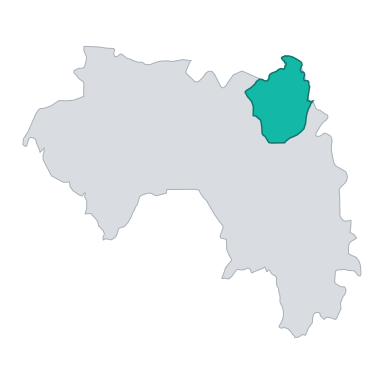 location of Siguiri within Guinea
{"feature_id": "GIN-5657", "entity_name": "Siguiri", "entity_type": "Prefecture", "adm_level": 1, "iso_a3": "GIN", "parent_name": "Guinea", "parent_adm1": "", "projection": "natural_earth1", "projection_center": [-9.321, 11.681], "detail": "fine", "context": "in_parent", "style": "filled", "palette": "teal", "viewbox_px": 384, "rotation_deg": 0, "n_neighbors": 0, "source": "natural_earth", "source_scale": "10m", "svg_char_len": 5168}
<svg xmlns="http://www.w3.org/2000/svg" viewBox="0 0 384 384"><path d="M241.5,270.0L237.9,269.4L236.3,270.2L231.7,276.5L228.8,279.0L224.5,278.2L222.9,278.7L221.8,278.0L223.4,274.5L225.6,267.6L231.4,260.6L231.5,259.2L229.1,255.1L226.7,249.5L226.7,243.6L226.2,239.3L221.1,238.1L220.2,237.4L220.1,236.0L222.9,228.5L223.2,227.0L222.8,225.7L219.7,221.9L214.8,214.9L206.4,200.5L203.3,197.5L200.3,193.1L199.2,190.3L196.1,189.3L166.9,189.5L166.3,193.2L156.2,195.8L150.0,192.9L143.1,194.5L139.8,196.5L137.1,204.9L135.7,206.7L134.2,210.4L132.8,212.5L131.3,216.6L128.0,222.5L124.6,226.4L118.7,228.4L116.8,234.6L115.5,237.0L113.2,238.8L110.8,239.9L106.0,238.7L103.3,239.9L102.9,238.3L104.4,233.4L103.2,230.8L98.6,225.7L98.2,223.2L96.8,220.1L90.8,213.5L85.1,213.9L86.7,208.4L86.7,201.0L84.8,197.1L85.3,193.0L84.2,193.2L82.3,196.0L79.3,195.1L73.1,190.8L70.0,186.6L69.7,183.0L69.0,181.6L67.1,182.3L63.3,182.2L51.5,175.9L43.2,159.8L43.0,156.1L44.3,149.9L44.0,148.2L40.1,152.3L39.4,149.6L36.5,143.1L35.7,139.4L32.9,137.7L30.6,137.4L28.9,138.7L26.5,146.2L24.8,146.2L23.0,144.6L23.4,138.9L28.0,131.9L35.7,114.1L38.4,110.0L40.1,108.6L43.7,108.4L50.7,106.0L59.2,100.5L65.8,100.9L73.5,100.2L83.7,96.4L83.8,84.5L83.5,81.8L79.9,79.4L77.8,77.3L76.0,74.7L73.9,72.8L73.9,70.8L78.4,68.3L82.5,68.3L83.9,67.3L84.9,65.6L86.1,61.3L86.5,56.8L83.9,50.7L84.0,46.3L98.8,47.0L106.9,48.2L113.6,48.5L114.6,49.5L113.7,53.7L114.5,56.2L116.8,56.8L120.5,53.9L122.5,54.6L126.6,58.2L130.5,59.2L134.7,61.2L138.6,62.3L142.2,62.1L144.8,64.2L149.7,64.8L156.1,62.2L161.1,61.1L168.2,60.8L171.9,61.6L182.6,59.6L191.0,60.7L189.7,62.2L185.8,71.7L186.3,73.4L194.8,81.5L196.9,82.1L199.2,81.0L202.9,77.3L205.8,73.2L208.6,71.2L211.9,71.4L214.5,74.2L220.6,86.2L222.1,87.7L223.6,87.7L226.2,85.5L227.6,82.8L233.3,74.9L242.0,71.0L262.8,80.1L265.8,80.7L267.6,80.1L270.2,74.7L278.1,70.1L281.8,68.8L283.9,68.7L284.8,67.2L285.2,65.0L284.7,62.8L282.3,58.7L282.2,57.5L283.6,56.7L286.6,56.1L290.5,56.5L294.8,58.3L298.4,60.8L300.4,63.9L304.3,76.5L308.7,86.5L308.5,99.8L310.4,101.1L312.6,101.7L313.6,102.7L315.7,108.2L317.7,109.8L320.1,110.2L324.6,113.7L327.5,115.1L327.9,116.2L327.8,117.6L326.7,119.5L322.3,123.1L320.2,126.3L315.8,133.8L315.6,135.2L316.6,136.2L318.4,136.4L320.4,135.9L324.4,133.1L327.6,134.1L330.7,136.2L331.8,138.4L332.1,141.3L331.4,145.0L331.3,149.1L332.4,156.1L334.0,163.2L335.6,165.7L345.9,171.9L346.9,174.3L347.4,176.9L346.7,180.4L345.6,182.4L340.0,187.9L339.1,190.5L339.6,195.4L340.0,216.0L342.2,219.5L344.8,221.3L351.0,220.3L350.9,226.0L350.0,232.4L353.7,234.4L355.5,236.3L356.5,238.2L350.8,241.6L349.1,243.6L348.4,248.9L348.6,253.9L356.2,257.4L359.2,261.5L360.5,265.8L361.0,273.9L360.3,275.8L358.3,275.8L354.4,270.9L348.5,270.4L344.1,269.4L336.7,270.1L335.4,271.5L334.6,282.3L336.4,284.1L339.9,286.2L342.2,287.0L344.1,286.8L345.6,288.1L345.9,291.7L344.9,294.3L342.9,296.7L340.5,302.9L341.0,308.6L336.9,317.7L335.7,319.5L330.2,317.7L326.6,317.1L324.0,319.4L320.4,315.8L319.8,313.1L318.4,312.5L316.0,312.5L313.8,314.0L312.8,316.9L312.3,322.7L308.3,328.3L305.5,335.2L302.2,334.5L301.5,335.4L298.0,337.2L295.0,337.7L294.2,335.8L292.5,334.3L290.5,331.4L288.3,329.0L284.1,327.4L282.4,328.1L280.4,327.9L279.1,327.0L279.3,325.6L281.5,322.0L282.8,318.7L283.4,315.1L283.4,311.6L282.3,306.8L280.3,303.0L279.9,300.7L280.1,297.6L279.7,294.6L279.1,293.1L278.2,287.5L277.0,286.4L276.4,282.0L276.6,277.4L274.9,275.6L272.4,274.4L270.8,272.6L269.9,270.6L269.0,270.0L268.2,270.1L267.5,271.4L266.6,271.6L265.1,267.3L264.5,267.2L263.4,268.1L251.5,272.9L250.0,268.9L247.7,268.1L243.8,269.8L241.5,270.0Z" fill="#d9dde1" stroke="#a8b0b8" stroke-width="1"/><path d="M285.4,55.8L285.6,55.8L286.2,56.2L286.9,56.5L287.2,56.3L287.6,55.9L288.2,55.9L291.7,56.7L293.6,57.5L299.1,60.7L300.6,61.6L301.4,62.6L301.9,63.8L302.0,65.0L301.6,66.2L301.0,67.3L300.5,68.4L300.4,69.8L300.6,70.3L301.0,71.2L301.2,71.7L301.5,72.3L302.1,72.3L303.0,71.9L303.7,72.3L304.3,73.3L304.6,74.4L304.6,75.6L303.9,77.7L303.7,78.9L303.9,79.9L304.7,80.7L305.8,80.8L306.8,80.6L307.8,80.8L308.6,81.7L308.8,82.6L308.7,83.6L308.8,84.7L309.0,85.3L309.3,85.8L309.6,86.3L309.6,87.0L307.3,100.6L308.2,100.5L309.0,100.9L309.7,101.5L310.5,101.8L311.5,101.6L312.2,101.2L312.9,101.0L311.9,102.5L311.0,103.2L310.5,104.5L310.1,105.9L309.0,107.6L307.1,112.8L306.1,117.7L305.6,123.4L303.9,128.7L301.4,131.4L297.2,134.8L293.4,136.6L289.5,138.2L286.0,141.1L284.6,142.8L271.1,143.0L268.8,142.5L266.7,139.1L265.1,136.4L263.3,135.3L262.2,133.7L261.8,127.1L261.0,121.7L260.3,119.6L257.9,118.1L256.4,116.2L253.2,115.6L253.4,106.6L251.6,101.5L249.3,98.6L247.7,96.9L245.1,92.2L245.4,91.7L245.8,91.2L246.2,90.6L250.8,87.8L254.8,84.2L256.6,81.3L259.7,79.1L260.5,79.5L260.9,79.6L261.9,79.4L262.2,79.4L262.7,79.6L263.4,80.3L263.9,80.6L264.7,80.9L267.2,81.0L268.4,79.6L268.9,78.7L269.1,78.0L269.0,76.9L269.1,76.0L269.4,75.2L270.1,74.3L271.6,73.2L276.7,71.3L277.6,70.3L278.4,69.7L280.3,68.7L281.0,68.6L283.9,69.2L284.9,67.9L285.1,67.2L285.0,66.0L285.6,65.8L286.0,64.9L286.2,63.9L286.2,63.2L285.9,63.0L285.2,62.8L284.8,62.5L284.6,62.0L284.6,61.6L284.5,61.2L283.2,60.4L282.4,59.5L281.7,58.6L281.5,58.0L282.1,57.1L284.3,56.4L285.0,55.8L285.4,55.8Z" fill="#14b8a6" stroke="#0f766e" stroke-width="1.5"/></svg>